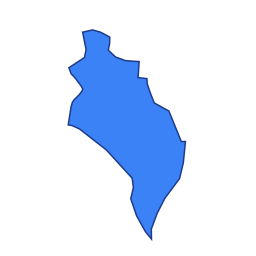 the border of Famagusta, rotated 55°
{"feature_id": "CYP-3466", "entity_name": "Famagusta", "entity_type": "District", "adm_level": 1, "iso_a3": "CYP", "parent_name": "Cyprus", "parent_adm1": "", "projection": "mercator", "projection_center": [33.923, 35.018], "detail": "fine", "context": "isolated", "style": "filled", "palette": "blue", "viewbox_px": 256, "rotation_deg": 55, "n_neighbors": 0, "source": "natural_earth", "source_scale": "10m", "svg_char_len": 700}
<svg xmlns="http://www.w3.org/2000/svg" viewBox="0 0 256 256"><g transform="rotate(55 128 128)"><path d="M98.4,84.2L102.8,86.9L111.5,89.5L122.5,92.1L137.6,84.8L169.7,92.1L172.0,88.7L178.7,94.4L188.4,102.8L199.0,114.8L206.7,138.1L214.6,153.0L224.1,166.8L232.5,172.5L222.8,173.2L204.8,171.3L187.5,166.3L179.8,157.7L171.5,153.4L133.7,158.3L100.9,168.3L93.8,172.5L91.2,175.2L77.8,162.3L75.1,158.9L74.0,156.1L72.8,149.0L71.4,144.8L70.4,142.9L70.2,142.7L66.4,142.3L55.8,142.7L51.1,143.5L44.7,141.9L45.3,123.3L39.8,117.4L23.5,110.2L27.3,100.8L33.8,95.5L43.1,90.8L48.5,94.8L52.9,99.5L62.6,97.5L71.3,91.5L76.2,85.5L80.0,80.8L92.5,90.8L98.4,84.2Z" fill="#3b82f6" stroke="#1e3a8a" stroke-width="1.5"/></g></svg>